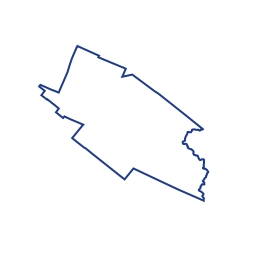 Navarro, Buenos Aires, Argentina, rotated 250°
{"feature_id": "61730980B73651998783154", "entity_name": "Navarro", "entity_type": "district", "adm_level": 2, "iso_a3": "ARG", "parent_name": "Argentina", "parent_adm1": "Buenos Aires", "projection": "mercator", "projection_center": [-59.615, -35.025], "detail": "fine", "context": "isolated", "style": "outline", "palette": "blue", "viewbox_px": 256, "rotation_deg": 250, "n_neighbors": 0, "source": "geoboundaries", "source_scale": "gbopen_adm2", "svg_char_len": 4954}
<svg xmlns="http://www.w3.org/2000/svg" viewBox="0 0 256 256"><g transform="rotate(250 128 128)"><path d="M123.1,81.4L120.6,82.9L115.7,85.8L80.9,107.2L81.4,108.1L88.1,119.3L87.4,120.0L64.1,143.1L63.4,143.8L51.8,155.4L36.8,171.2L33.7,174.3L33.9,174.4L34.2,174.4L34.6,174.5L35.0,174.6L35.4,175.0L35.7,175.2L35.9,175.2L36.3,175.1L36.6,175.2L36.9,175.1L37.3,174.9L37.5,174.8L37.9,174.6L38.2,174.5L38.5,174.5L38.8,174.7L39.0,174.8L39.1,175.0L39.2,175.4L39.4,175.8L39.7,176.1L40.1,176.3L40.5,176.4L41.2,176.1L41.5,176.0L41.7,175.8L42.0,175.6L42.3,175.5L42.6,175.3L42.8,175.1L43.1,174.9L43.5,174.7L43.8,174.5L44.0,174.3L44.2,174.0L44.6,173.6L44.8,173.4L45.2,173.3L45.5,173.3L45.9,173.6L46.0,173.9L46.1,174.2L46.3,174.6L46.4,174.9L46.6,175.3L46.8,175.6L47.2,175.8L47.6,175.9L48.1,176.0L48.3,176.2L48.4,176.6L48.5,176.9L48.7,177.2L49.1,177.4L49.4,177.6L49.5,177.9L49.7,178.3L49.7,178.5L49.6,178.9L49.4,179.2L49.2,179.5L49.0,180.0L48.9,180.4L49.1,180.6L49.4,180.6L49.9,180.7L50.3,180.9L50.6,181.0L50.9,181.0L51.1,180.9L51.4,180.7L51.7,180.5L51.7,180.4L51.9,180.2L52.1,180.1L52.4,180.1L52.6,180.3L52.9,180.6L53.0,180.9L53.2,181.1L53.4,181.4L53.5,181.7L53.7,181.9L53.9,182.1L54.1,182.5L54.5,182.7L54.7,183.0L54.8,183.2L54.9,183.5L54.9,183.9L55.0,184.1L55.2,184.4L55.3,184.7L55.7,184.9L56.0,184.9L56.4,185.0L56.6,185.3L56.7,185.5L56.9,185.8L57.1,186.1L57.5,186.3L57.9,186.4L58.2,186.6L58.4,186.8L58.5,187.1L58.6,187.5L58.7,187.8L58.9,188.1L59.1,188.3L59.5,188.4L59.8,188.3L60.2,188.2L60.6,188.0L60.9,188.0L61.4,187.9L61.6,187.8L61.9,187.6L62.0,187.5L62.2,187.4L62.6,187.2L62.9,187.0L63.1,186.9L63.3,186.6L63.4,186.4L63.4,186.1L63.6,185.8L63.8,185.4L64.0,185.1L64.2,184.9L64.4,184.8L64.7,184.7L64.9,184.8L65.1,185.1L65.1,185.3L65.2,185.7L65.4,186.0L65.7,186.1L66.2,186.2L66.6,186.3L66.8,186.4L67.2,186.4L67.6,186.5L67.8,186.6L68.0,186.8L68.4,187.1L68.6,187.2L68.9,187.3L69.2,187.5L69.4,187.6L69.7,187.6L69.9,187.7L70.2,187.8L70.3,187.9L70.6,187.9L70.8,187.9L71.1,188.0L71.3,188.1L71.6,188.4L71.9,188.5L72.1,188.5L72.4,188.5L72.6,188.4L72.8,188.2L72.9,187.9L72.9,187.7L73.0,187.4L73.1,187.2L73.3,186.7L73.3,186.4L73.3,186.1L73.3,185.9L73.2,185.7L73.1,185.3L73.1,185.1L73.2,184.8L73.3,184.7L73.5,184.5L73.7,184.4L74.0,184.3L74.3,184.2L74.5,184.2L74.8,184.1L75.1,184.1L75.5,184.0L76.1,184.0L76.4,184.1L76.7,184.1L76.9,184.0L77.1,184.0L77.4,184.0L77.6,184.0L77.8,184.0L78.1,183.9L78.3,183.9L78.4,183.7L78.6,183.4L78.6,183.2L78.7,182.8L78.8,182.6L78.9,182.4L79.0,182.3L79.2,182.2L79.4,182.1L79.6,182.0L79.7,181.8L79.7,181.6L79.8,181.3L79.9,181.1L80.0,181.0L80.2,180.9L80.5,180.9L80.9,180.8L81.3,180.7L81.5,180.6L81.8,180.6L82.1,180.8L82.4,181.0L82.6,181.2L82.8,181.4L83.2,181.5L83.5,181.5L83.8,181.5L84.1,181.5L84.4,181.4L84.7,181.2L84.9,180.9L85.3,180.8L85.6,180.7L85.9,180.6L86.1,180.4L86.4,180.3L86.6,180.0L86.7,179.7L86.8,179.4L87.0,179.2L87.3,178.9L87.6,178.7L87.8,178.4L87.9,178.2L88.1,178.1L88.3,177.8L88.7,177.6L88.9,177.5L89.1,177.5L89.3,177.5L89.5,177.7L89.7,177.9L90.0,177.8L90.2,177.7L90.4,177.6L90.6,177.6L90.9,177.8L91.1,177.6L91.3,177.5L91.6,177.4L91.8,177.5L92.1,177.6L92.4,177.6L92.8,177.5L93.0,177.4L93.3,177.1L93.4,176.9L93.5,176.6L93.5,176.4L93.6,176.0L93.6,175.8L93.7,175.5L93.8,175.2L93.9,174.9L94.0,174.7L94.3,174.4L94.6,174.3L94.8,174.3L95.0,174.4L95.5,174.4L95.9,174.5L96.1,174.6L96.4,174.9L96.5,175.3L96.5,175.6L96.4,175.9L96.4,176.3L96.5,176.7L96.6,176.9L96.7,177.2L97.0,177.5L97.5,177.6L98.0,177.7L98.3,177.8L98.6,178.0L98.9,178.2L99.2,178.5L99.5,178.7L99.7,178.9L100.0,179.2L100.3,179.4L100.5,179.6L100.6,179.8L100.8,180.1L101.0,180.3L101.1,180.5L101.3,180.7L101.5,180.9L101.7,181.1L101.8,181.2L102.0,181.4L102.1,181.5L102.5,181.8L102.9,182.1L103.1,182.2L103.3,182.3L103.6,182.5L103.8,182.7L103.8,183.0L103.7,183.2L103.6,183.5L103.4,183.7L103.3,183.9L103.1,184.2L103.0,184.4L102.9,184.7L102.7,185.0L102.6,185.3L102.5,185.5L102.5,185.8L102.7,186.1L102.9,186.3L103.0,186.6L103.4,186.8L103.6,187.0L103.8,187.2L104.1,187.3L104.3,187.4L104.5,187.7L104.5,188.0L104.5,188.3L104.4,188.5L104.2,188.8L104.2,189.0L104.1,189.4L104.1,189.7L103.9,190.0L103.7,190.4L103.5,190.7L103.3,191.0L103.0,191.2L102.8,191.7L102.8,192.1L102.6,192.5L102.5,192.9L102.4,193.2L102.2,193.5L101.9,193.6L101.6,193.9L101.4,194.1L101.2,194.3L101.0,194.6L101.0,194.8L101.2,195.0L101.4,195.2L101.5,195.5L101.6,195.9L101.5,196.1L101.3,196.4L101.1,196.8L101.1,197.0L101.1,197.3L101.1,197.6L101.2,197.8L101.3,198.0L118.2,187.8L149.8,168.4L153.6,165.5L176.7,150.3L178.1,140.2L184.5,146.2L191.2,138.9L197.7,131.8L204.6,124.3L205.8,125.5L208.9,122.3L212.4,118.7L222.3,108.5L221.2,107.5L221.3,107.3L213.1,99.6L211.0,97.8L207.2,94.8L201.1,90.2L193.9,83.4L185.0,75.0L187.3,72.5L187.3,72.4L188.3,71.3L190.2,69.1L195.2,63.9L198.5,60.4L197.4,58.7L191.4,62.5L188.4,57.8L182.4,61.6L182.6,62.0L172.3,68.3L170.0,69.6L167.4,65.7L159.6,70.4L160.6,72.2L155.9,76.9L146.4,87.1L145.1,84.7L142.5,80.3L137.6,72.1L131.3,75.9L125.2,79.7L123.1,81.4Z" fill="none" stroke="#1e3a8a" stroke-width="2"/></g></svg>